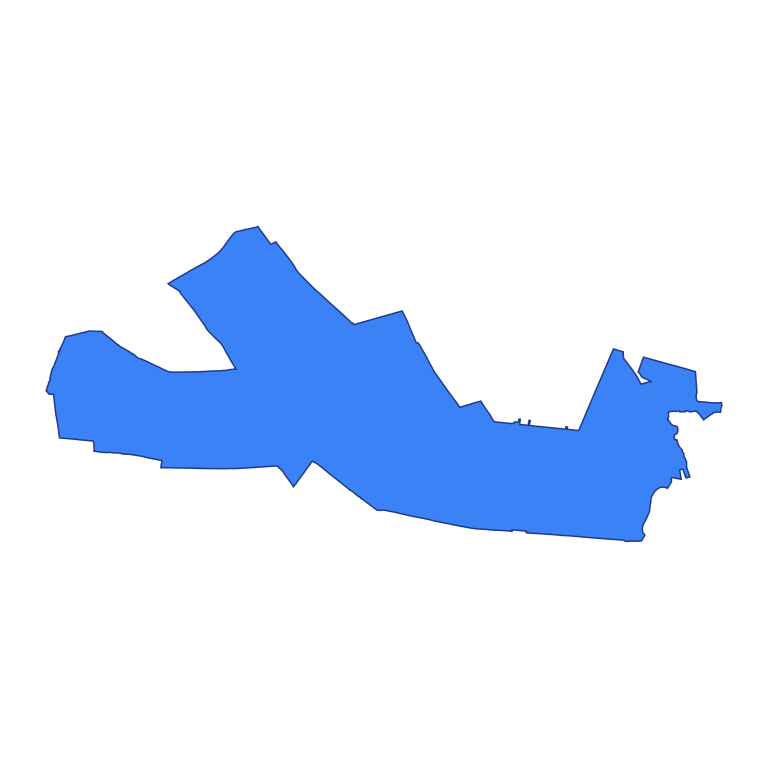 outline of Secuieni, Neamt, Romania
{"feature_id": "2599482B23020006857022", "entity_name": "Secuieni", "entity_type": "district", "adm_level": 2, "iso_a3": "ROU", "parent_name": "Romania", "parent_adm1": "Neamt", "projection": "natural_earth1", "projection_center": [26.814, 46.87], "detail": "fine", "context": "isolated", "style": "filled", "palette": "blue", "viewbox_px": 768, "rotation_deg": 0, "n_neighbors": 0, "source": "geoboundaries", "source_scale": "gbopen_adm2", "svg_char_len": 6045}
<svg xmlns="http://www.w3.org/2000/svg" viewBox="0 0 768 768"><path d="M641.5,541.0L644.9,535.0L642.6,532.3L642.4,528.7L642.6,526.2L644.1,522.9L645.9,519.7L649.6,511.3L650.0,506.0L650.7,502.8L651.2,497.6L652.3,495.4L654.7,491.4L657.6,488.8L660.2,487.4L664.2,487.1L667.5,488.3L669.9,484.4L670.2,483.9L670.8,483.2L671.4,481.8L671.5,479.6L671.2,478.6L671.4,477.5L676.6,478.3L681.2,479.3L679.9,471.3L679.6,469.8L682.8,469.2L685.9,477.9L689.9,476.9L686.6,467.3L686.6,465.1L686.5,463.9L686.6,463.2L686.6,462.0L684.8,457.7L684.1,456.7L683.9,456.2L683.8,455.6L683.9,454.0L683.7,453.4L683.2,452.8L682.7,452.6L682.2,449.9L681.2,449.0L679.4,446.8L678.4,444.9L677.8,442.8L677.0,440.8L676.9,439.8L676.5,439.8L676.1,440.3L675.5,440.0L675.3,439.3L674.4,439.3L674.5,438.6L674.3,437.8L674.3,437.0L674.4,434.8L676.3,434.0L677.0,433.5L677.8,431.4L677.7,430.3L677.9,429.9L677.7,428.5L677.2,426.9L676.7,426.3L675.9,426.0L674.4,425.9L672.8,425.4L670.8,423.7L670.5,423.3L670.0,422.4L669.0,421.5L668.9,420.5L668.4,419.9L667.9,419.7L667.4,419.7L667.2,419.4L667.6,418.8L668.1,418.4L667.9,418.0L668.0,417.6L668.6,416.9L668.6,416.7L668.5,416.0L668.4,412.4L668.5,412.2L671.3,411.3L675.6,411.3L677.3,411.5L677.5,411.1L677.9,411.0L679.7,411.0L679.8,411.9L683.5,411.7L685.2,411.8L685.4,410.7L687.5,410.8L688.4,411.5L689.5,411.5L690.9,411.9L691.9,411.8L692.1,411.5L692.6,411.2L696.7,411.3L697.2,412.2L697.8,412.8L698.5,413.2L699.8,414.6L700.7,415.8L701.1,416.6L701.9,417.7L702.8,418.6L703.8,419.9L704.5,419.1L706.1,418.0L706.8,417.4L708.3,416.5L710.9,414.5L712.8,413.5L713.1,413.2L713.1,412.8L713.3,412.5L715.5,412.4L716.8,412.1L718.2,412.0L720.5,412.3L720.7,410.0L721.2,407.2L721.9,405.8L721.9,405.2L721.4,403.6L721.5,402.6L717.2,402.9L713.5,402.9L697.9,401.5L696.9,400.5L696.2,398.2L696.1,397.5L696.2,395.8L696.0,395.0L696.5,394.2L696.7,393.7L696.8,393.0L696.8,391.7L696.6,387.7L696.3,383.2L695.9,379.0L695.9,377.4L695.4,371.6L677.9,366.6L669.8,364.5L643.5,357.2L638.2,372.0L639.1,372.9L640.2,374.4L640.8,375.6L641.5,376.6L642.4,377.4L643.4,378.0L645.0,378.5L648.6,380.1L650.8,381.5L640.9,384.1L637.9,378.3L635.6,374.6L631.9,369.2L625.4,360.5L624.1,359.2L623.6,358.0L623.4,356.1L623.2,353.4L623.3,351.9L613.5,348.9L591.2,401.0L578.8,430.5L567.2,429.3L567.5,427.0L565.8,426.9L565.5,429.2L529.3,425.5L529.9,422.2L530.3,420.6L529.1,420.3L528.7,422.0L528.2,425.3L522.8,424.8L520.7,424.6L519.6,424.7L520.3,419.2L519.0,419.1L518.4,421.9L517.0,421.9L515.7,422.2L514.5,422.0L513.8,423.1L513.9,423.3L511.6,423.4L509.8,423.3L509.9,423.5L504.2,422.8L496.8,422.1L493.9,421.6L493.9,421.4L490.8,416.4L490.1,415.0L488.8,413.1L485.4,408.5L484.1,406.2L482.7,404.4L480.8,401.1L473.3,403.2L470.0,404.3L459.7,407.3L457.2,403.5L449.9,393.8L434.3,371.8L427.3,358.8L426.6,357.1L418.3,342.9L416.5,343.1L416.4,343.0L410.8,330.0L407.2,321.1L402.1,311.0L376.8,318.1L355.5,324.2L354.3,324.7L352.8,323.2L352.5,323.7L352.2,323.5L348.2,319.6L341.6,313.4L330.6,303.6L321.0,294.7L316.6,290.8L316.0,290.2L315.1,289.7L298.9,273.2L296.9,270.7L296.0,269.3L293.6,265.1L286.9,255.9L281.6,249.1L280.8,248.3L278.1,245.0L275.9,241.9L275.5,242.0L270.8,244.4L266.6,238.6L258.1,227.0L258.1,226.6L255.9,227.3L248.3,229.0L244.8,229.6L240.9,230.7L237.6,231.6L236.7,231.5L235.2,232.3L233.1,234.2L231.0,236.8L228.3,240.3L222.8,248.1L218.1,253.0L216.0,254.8L213.8,256.4L212.7,257.3L209.9,259.4L204.4,263.0L197.8,266.5L189.6,271.0L186.4,273.0L178.8,277.3L168.1,283.6L168.7,284.3L179.4,291.1L180.0,291.3L179.8,291.6L179.9,292.0L180.7,293.7L181.5,294.4L182.5,295.5L184.1,297.8L186.6,300.8L194.9,311.4L202.2,322.0L205.3,326.3L205.6,327.3L207.1,329.5L208.9,331.6L213.2,335.9L213.9,336.8L219.6,342.1L221.3,344.0L223.4,347.1L226.9,353.7L228.2,355.6L230.0,359.2L231.1,361.0L232.3,363.1L233.4,364.8L236.0,369.2L234.1,369.1L232.5,369.4L230.6,369.5L227.5,370.1L225.0,370.5L223.6,370.4L220.5,370.8L209.4,371.1L207.8,371.5L207.7,371.3L206.1,371.4L199.3,371.8L175.9,372.2L172.0,372.1L168.5,371.6L167.2,371.1L163.4,369.5L160.1,367.8L158.5,366.9L155.6,365.7L148.4,362.2L141.6,359.1L138.0,358.2L135.2,355.6L133.3,354.2L130.7,352.7L129.1,351.5L126.6,350.2L119.9,346.3L117.7,344.4L117.3,344.7L116.2,343.5L113.7,341.3L103.6,333.2L101.8,331.4L93.4,331.3L89.6,330.9L82.3,332.8L78.7,333.6L77.4,334.1L74.3,334.7L72.3,335.4L67.9,336.2L66.4,336.5L65.5,336.8L63.4,342.2L62.3,344.4L61.0,347.5L60.5,348.0L59.9,348.8L59.7,349.6L60.1,350.4L60.0,350.8L59.8,351.0L59.2,350.8L58.7,351.0L58.5,351.4L58.3,351.9L58.5,352.6L59.0,353.2L59.0,353.7L58.5,354.0L57.3,357.2L54.6,364.0L53.8,366.7L53.2,367.1L51.8,370.3L50.3,376.4L50.4,376.9L50.0,378.1L50.1,378.7L49.9,379.4L50.0,379.8L50.2,380.0L49.9,380.8L49.6,381.0L49.0,381.7L48.6,382.5L48.5,383.1L48.5,383.8L48.4,384.4L47.5,386.3L47.3,387.2L46.9,388.3L46.7,389.8L46.2,390.3L46.1,390.7L49.2,394.2L53.5,394.3L55.8,413.9L58.4,428.8L59.4,437.9L71.1,438.9L93.4,441.1L93.9,443.7L94.1,447.9L94.1,450.1L93.9,451.1L101.2,452.2L106.5,452.6L107.4,452.6L107.7,452.4L108.5,452.4L111.7,452.6L113.5,452.8L119.7,453.1L122.7,454.0L127.5,454.2L130.9,454.5L140.3,456.0L143.8,456.7L147.9,457.8L161.1,460.4L161.8,460.7L161.9,461.0L161.6,463.1L161.3,464.5L160.9,467.7L168.2,467.7L173.9,467.9L188.1,468.1L204.2,468.5L224.9,468.7L229.5,468.5L234.2,468.6L238.1,468.4L253.6,467.5L276.8,465.9L281.8,470.3L282.7,471.2L285.7,475.8L290.5,482.3L293.5,486.8L295.5,484.2L305.7,470.2L306.3,469.3L309.7,464.8L310.8,463.0L312.4,461.3L314.7,462.4L318.0,464.4L323.2,468.5L329.8,473.9L349.2,489.4L351.1,490.8L351.5,491.0L351.6,490.9L352.3,491.4L357.6,495.8L358.8,496.7L360.1,497.2L360.3,497.4L360.8,498.3L361.9,498.8L375.2,508.8L377.0,510.0L379.5,510.4L383.8,510.0L388.8,511.1L393.3,511.9L398.2,513.0L400.3,513.6L401.7,513.8L413.2,516.5L422.7,518.2L431.8,520.2L433.6,520.8L435.5,521.2L460.6,526.2L471.5,528.2L475.1,528.7L480.8,529.1L486.3,529.4L493.3,530.1L502.0,530.4L511.2,531.2L512.1,531.1L512.0,529.8L526.1,531.1L525.9,531.9L527.3,532.2L527.1,532.9L543.2,533.9L558.2,535.0L561.1,535.4L569.4,535.8L575.6,536.3L585.2,537.2L608.7,539.1L623.6,540.1L625.0,541.1L625.9,541.4L628.8,541.2L641.5,541.0Z" fill="#3b82f6" stroke="#1e3a8a" stroke-width="1.5"/></svg>